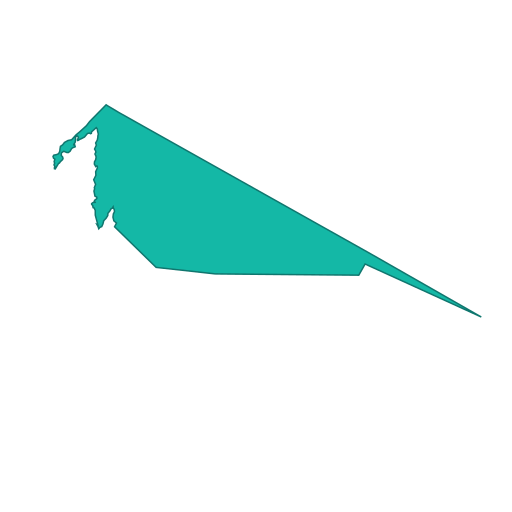 Nouadhibou, Dakhlet Nouadhibou, Mauritania (Albers equal-area conic projection), rotated 30°
{"feature_id": "47542326B41685059019738", "entity_name": "Nouadhibou", "entity_type": "district", "adm_level": 2, "iso_a3": "MRT", "parent_name": "Mauritania", "parent_adm1": "Dakhlet Nouadhibou", "projection": "albers", "projection_center": [-16.719, 20.928], "detail": "fine", "context": "isolated", "style": "filled", "palette": "teal", "viewbox_px": 512, "rotation_deg": 30, "n_neighbors": 0, "source": "geoboundaries", "source_scale": "gbopen_adm2", "svg_char_len": 1887}
<svg xmlns="http://www.w3.org/2000/svg" viewBox="0 0 512 512"><g transform="rotate(30 256 256)"><path d="M481.6,196.2L354.2,196.8L231.3,198.3L65.5,200.3L52.2,200.1L50.6,200.0L44.7,222.7L44.0,227.9L41.2,236.7L39.6,241.0L38.2,247.5L35.4,250.0L33.3,253.5L33.2,254.9L32.9,256.6L31.8,258.8L32.8,261.4L33.7,263.4L33.9,266.1L32.5,268.0L30.5,269.7L30.4,271.2L31.7,272.5L33.4,272.7L34.0,275.2L35.2,276.3L35.5,278.1L37.1,279.1L37.2,280.2L37.8,281.2L38.6,281.0L38.7,275.8L38.7,274.5L39.3,273.8L39.4,272.2L40.3,269.3L40.1,268.0L39.0,266.9L37.1,266.3L35.9,263.9L37.2,261.4L40.3,261.0L41.7,260.3L42.6,258.3L42.6,255.5L43.0,254.1L44.8,251.8L43.0,250.0L42.8,251.5L42.4,250.4L42.5,247.8L41.1,244.6L40.2,243.6L40.8,241.6L41.4,241.4L42.3,241.7L43.1,242.5L43.2,244.4L43.7,245.2L44.3,244.7L45.1,243.0L46.0,241.9L47.0,240.3L48.0,238.7L48.8,234.2L50.1,232.9L51.6,232.8L52.1,232.1L51.5,230.7L53.5,224.7L55.1,225.4L56.2,226.9L57.5,228.2L58.5,229.3L59.0,231.0L59.8,232.6L60.6,235.1L60.6,238.3L62.3,239.8L62.7,244.1L64.7,245.3L65.5,246.4L65.4,247.7L65.9,248.6L67.1,249.2L68.2,250.5L69.0,252.9L69.0,255.1L70.0,257.2L72.5,258.7L72.8,257.8L73.3,257.5L74.0,258.0L74.6,259.1L75.0,263.2L77.0,266.2L77.3,271.1L81.3,274.2L81.8,277.7L82.6,278.4L83.2,280.8L86.6,284.7L88.6,284.6L89.3,285.5L89.3,286.3L88.4,288.4L88.6,289.6L89.3,289.7L89.8,290.0L89.2,290.4L88.7,290.4L88.0,291.5L87.6,292.4L87.5,293.0L87.9,293.5L89.5,294.0L89.8,294.5L90.8,295.6L91.8,295.3L92.6,295.9L94.0,296.9L96.4,301.0L103.5,308.1L102.4,308.2L104.5,309.5L106.2,311.0L106.5,309.2L107.7,307.7L107.6,306.5L107.4,304.7L107.1,303.7L106.5,301.5L107.3,298.3L107.4,295.1L106.4,293.1L106.9,290.1L106.9,287.5L107.6,286.6L107.7,284.9L108.6,286.0L109.9,286.5L111.3,288.4L111.4,290.8L112.7,293.9L115.3,296.6L118.7,297.2L118.9,301.4L175.2,315.8L229.4,292.0L235.3,288.7L354.6,221.2L354.5,208.4L481.6,196.2Z" fill="#14b8a6" stroke="#0f766e" stroke-width="1.5"/></g></svg>